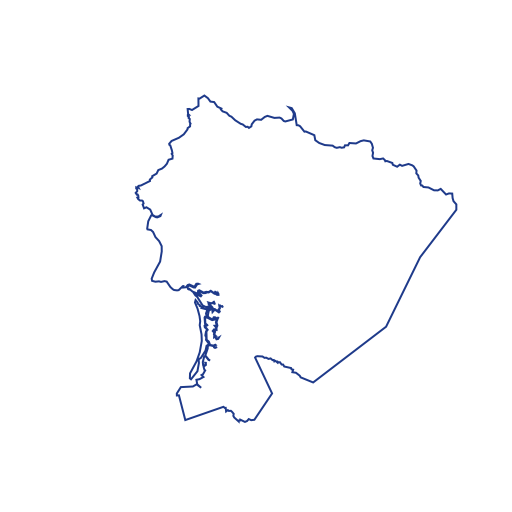 Tonosí, Los Santos, Panama (Equal Earth projection), rotated 129°
{"feature_id": "35544464B87180550672206", "entity_name": "Tonosí", "entity_type": "district", "adm_level": 2, "iso_a3": "PAN", "parent_name": "Panama", "parent_adm1": "Los Santos", "projection": "equal_earth", "projection_center": [-80.44, 7.396], "detail": "fine", "context": "isolated", "style": "outline", "palette": "blue", "viewbox_px": 512, "rotation_deg": 129, "n_neighbors": 0, "source": "geoboundaries", "source_scale": "gbopen_adm2", "svg_char_len": 6134}
<svg xmlns="http://www.w3.org/2000/svg" viewBox="0 0 512 512"><g transform="rotate(129 256 256)"><path d="M393.7,186.4L393.7,184.6L393.1,184.0L395.6,181.4L393.5,180.9L393.5,179.6L392.1,178.1L392.2,176.5L392.7,174.0L394.5,173.0L395.2,171.3L395.5,165.4L394.8,166.0L393.9,164.9L393.1,165.3L391.9,160.2L389.9,159.1L387.3,159.0L386.6,156.4L384.3,154.2L352.7,157.0L335.5,192.8L334.4,192.8L333.0,191.9L330.0,187.7L329.8,185.3L328.6,184.1L328.1,181.5L326.4,180.2L326.5,177.6L325.6,176.7L326.4,175.4L325.2,174.8L325.3,172.1L324.5,172.4L324.5,171.5L323.5,170.6L324.2,167.8L323.3,166.6L324.1,164.5L321.0,158.2L321.7,157.1L321.0,155.6L323.4,154.6L321.6,151.5L321.5,146.7L322.2,144.9L318.3,132.0L229.1,110.4L153.6,127.7L94.0,129.4L89.8,132.8L89.1,137.0L87.3,139.6L84.0,142.8L85.9,145.4L88.6,147.0L87.6,154.7L90.6,156.0L92.9,159.0L94.2,165.1L97.0,169.3L96.6,171.1L97.3,172.1L96.3,174.0L94.0,175.2L92.8,178.9L91.3,180.6L90.9,183.4L88.6,185.0L87.1,189.9L87.2,191.6L88.5,195.4L94.0,199.2L94.5,201.7L97.8,202.5L99.0,207.1L97.9,208.6L99.8,214.1L101.0,215.1L100.4,216.1L100.2,218.6L102.8,220.7L106.3,226.1L105.0,228.4L102.1,230.0L100.7,232.2L98.3,233.2L95.9,236.6L95.1,239.3L98.3,245.0L100.9,247.0L105.6,249.1L109.4,254.5L112.1,254.1L114.0,256.5L116.1,255.9L118.0,257.6L118.6,259.3L121.1,261.3L121.9,263.3L122.0,265.9L126.5,272.4L128.4,278.0L128.7,282.8L125.4,286.7L127.9,295.7L128.9,296.6L127.4,303.4L127.7,305.2L128.7,306.7L120.7,315.6L118.6,321.3L119.7,323.8L120.2,318.9L121.7,316.0L126.7,313.3L133.0,317.9L133.6,319.4L133.1,322.8L133.6,324.8L137.1,328.6L139.9,335.3L142.4,336.7L146.9,337.7L149.2,341.2L151.7,342.3L156.3,342.2L158.2,341.2L160.9,342.1L160.8,343.8L162.1,345.1L162.1,349.1L162.9,351.1L163.6,357.6L163.2,362.8L163.8,364.9L163.2,368.9L164.6,373.0L164.2,375.6L163.2,375.7L164.3,380.0L162.7,385.4L164.7,388.6L163.6,392.7L163.8,397.1L169.2,398.9L169.8,399.9L175.6,395.1L182.8,397.6L183.7,400.4L184.8,401.6L188.4,398.1L188.5,396.9L189.3,397.7L190.1,397.1L190.1,395.6L191.1,395.3L191.2,393.7L193.5,392.1L194.7,389.4L194.4,390.6L196.8,388.8L199.6,389.6L200.8,388.9L206.9,388.7L212.6,390.3L219.7,394.0L223.4,394.1L224.1,393.3L224.0,392.2L226.8,387.9L228.6,385.7L229.7,385.8L230.3,384.0L232.9,382.2L236.2,384.5L240.4,383.3L244.0,383.4L247.3,384.1L250.7,386.0L254.5,385.1L259.3,386.9L260.2,386.0L263.4,386.6L264.4,385.6L273.6,389.8L275.4,391.4L276.4,391.3L276.9,390.2L277.1,391.3L277.9,391.0L278.1,392.2L278.9,391.6L279.0,390.2L280.4,389.1L282.7,389.2L283.3,387.2L282.7,386.8L283.1,385.6L284.5,384.2L285.3,384.9L285.9,383.4L285.9,381.1L284.6,379.5L284.6,378.3L286.0,376.4L287.3,376.5L289.4,373.0L287.1,371.8L286.5,367.4L289.2,362.2L288.7,358.9L286.7,356.7L283.9,355.8L285.2,355.4L288.1,357.0L288.8,358.2L289.7,362.4L290.4,363.0L296.8,361.6L303.2,357.8L303.6,357.1L301.9,354.0L302.1,351.1L304.6,346.0L305.4,340.6L307.7,335.5L311.8,332.1L320.7,327.0L332.8,324.8L339.3,322.8L340.7,321.1L339.3,318.0L336.8,315.5L335.9,313.5L333.1,311.3L332.1,309.3L334.0,303.0L334.2,299.8L334.0,298.3L332.4,295.7L331.2,294.6L325.5,293.9L325.1,293.5L326.3,292.7L324.4,290.8L321.5,290.8L320.1,289.9L318.7,284.5L315.2,284.9L314.0,283.7L313.8,283.0L315.1,283.9L318.9,283.5L319.7,284.7L320.9,289.6L323.5,289.5L324.4,288.0L324.0,286.2L323.5,287.9L323.6,283.1L322.1,278.0L322.0,274.2L321.1,274.4L320.6,278.4L319.4,279.1L318.3,278.5L317.4,273.7L315.2,272.2L313.9,270.2L311.5,269.3L311.2,265.1L309.5,265.2L309.1,263.2L310.5,263.6L310.7,262.4L309.9,261.2L308.9,261.8L309.1,261.3L309.8,260.7L310.7,261.8L310.9,263.7L309.5,263.9L309.9,264.9L311.5,264.8L311.8,269.0L314.1,269.8L315.5,271.7L316.4,271.7L318.1,273.6L318.8,278.2L320.3,277.6L321.0,273.5L322.1,273.5L324.0,280.8L324.8,278.3L324.7,276.2L328.0,266.4L327.2,262.8L324.5,260.6L323.7,260.6L323.2,262.5L322.1,263.7L321.0,261.1L319.7,260.3L319.2,258.7L317.6,260.7L318.9,258.3L319.4,258.4L319.8,260.2L321.5,261.0L322.2,263.3L323.5,260.3L324.8,260.3L326.1,261.8L327.0,261.7L327.8,259.6L324.6,259.9L323.1,259.1L323.4,257.3L325.0,255.2L323.9,255.5L323.2,254.7L322.9,249.5L322.0,249.7L321.4,251.4L319.4,251.4L317.6,253.4L317.0,252.7L317.3,251.8L316.2,250.7L316.8,249.3L316.5,250.7L317.6,251.8L317.6,253.1L319.4,251.1L321.1,251.0L322.0,249.2L323.2,249.4L323.6,254.3L326.9,254.5L323.7,257.8L323.4,258.8L324.3,259.5L326.6,257.7L328.2,258.3L332.2,256.2L333.5,254.9L332.8,249.7L330.2,250.3L329.4,249.3L329.1,246.9L327.0,246.6L329.0,246.3L329.9,249.7L330.8,249.8L331.4,248.8L329.9,247.4L329.7,246.0L332.2,245.1L334.4,242.2L335.3,241.9L336.1,243.7L336.2,241.9L338.3,240.1L339.4,242.0L341.2,242.1L341.4,241.6L340.5,241.2L340.6,240.1L343.4,239.0L343.3,237.6L343.5,237.1L344.3,237.9L345.2,237.2L344.4,237.4L344.2,236.9L345.2,234.4L342.6,233.5L344.2,233.2L345.6,234.3L344.5,237.0L345.5,237.4L344.2,238.3L343.6,237.6L343.7,238.8L343.3,239.5L340.8,240.5L341.7,241.2L341.5,242.4L339.4,242.4L338.1,240.6L336.7,242.1L336.2,244.2L334.8,242.7L332.8,245.4L330.2,246.5L330.2,247.2L333.4,249.7L334.7,255.6L336.3,256.5L340.3,252.9L340.3,250.7L341.1,250.5L341.8,251.8L342.7,251.6L343.8,247.1L345.9,247.0L352.2,241.6L352.2,238.8L354.0,235.7L352.4,232.7L350.6,231.8L350.6,231.3L351.8,231.9L353.0,231.0L352.8,229.9L351.2,228.9L353.2,230.0L353.4,231.1L352.7,232.1L354.5,236.0L356.4,236.8L358.3,235.3L365.2,232.8L366.3,227.4L366.1,225.9L366.6,227.6L365.6,232.0L366.7,233.0L371.9,230.6L374.0,228.5L373.0,226.8L371.9,226.8L370.9,228.2L370.1,227.0L370.9,227.8L372.1,226.4L375.0,227.1L376.9,224.5L376.9,223.5L381.2,222.8L382.8,223.4L383.1,220.7L387.3,222.4L389.7,224.4L392.7,220.9L392.9,215.7L393.1,221.4L397.1,222.9L405.2,231.9L412.7,231.0L414.2,229.7L412.8,228.2L428.0,207.7L393.7,186.4ZM392.7,228.9L382.4,229.0L375.1,233.0L372.5,235.5L369.7,234.7L361.3,235.7L356.9,237.9L353.9,237.0L352.6,242.1L350.7,243.3L349.6,245.4L346.0,247.4L344.0,247.3L343.6,250.9L342.6,252.1L341.9,252.2L340.7,250.9L340.4,253.3L336.2,257.2L335.3,257.4L334.4,255.9L332.1,258.7L328.9,259.8L328.6,260.9L330.5,265.1L329.6,264.9L330.2,268.2L329.6,268.5L329.7,271.2L328.9,272.0L328.3,275.2L330.5,274.2L333.7,268.3L338.2,262.1L341.8,258.3L345.2,256.2L351.1,249.1L356.1,244.7L366.3,239.1L375.3,235.9L388.7,233.4L392.7,230.4L392.7,228.9Z" fill="none" stroke="#1e3a8a" stroke-width="2"/></g></svg>